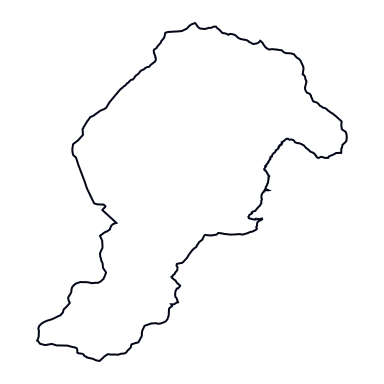 the district of Corbu, Harghita, Romania
{"feature_id": "2599482B8272511981002", "entity_name": "Corbu", "entity_type": "district", "adm_level": 2, "iso_a3": "ROU", "parent_name": "Romania", "parent_adm1": "Harghita", "projection": "equal_earth", "projection_center": [25.671, 46.995], "detail": "fine", "context": "isolated", "style": "outline", "palette": "ink", "viewbox_px": 384, "rotation_deg": 0, "n_neighbors": 0, "source": "geoboundaries", "source_scale": "gbopen_adm2", "svg_char_len": 5930}
<svg xmlns="http://www.w3.org/2000/svg" viewBox="0 0 384 384"><path d="M93.5,359.0L95.6,360.2L99.5,361.0L103.3,357.6L104.1,356.7L106.1,355.2L107.9,354.2L111.5,354.6L114.5,354.5L118.1,354.7L121.2,353.7L123.3,353.6L125.6,353.0L126.4,352.3L127.4,350.7L128.8,349.5L130.8,347.3L131.1,345.5L131.5,344.4L135.9,342.9L137.9,342.6L138.8,341.6L141.6,336.4L141.9,335.5L141.8,333.5L142.1,331.6L142.6,329.9L144.6,325.8L151.1,323.5L155.9,323.2L158.2,323.8L160.6,323.5L164.3,322.1L166.0,321.1L167.5,319.0L168.7,315.5L169.0,308.9L169.4,308.2L172.1,306.0L171.7,305.0L171.2,304.3L173.3,304.4L174.7,303.9L176.7,302.5L178.0,302.3L176.8,298.8L176.3,297.8L175.5,297.0L175.2,296.0L175.2,292.6L175.7,290.8L176.9,288.5L178.2,288.3L179.8,286.4L180.1,285.6L176.9,282.8L175.4,280.4L173.8,279.4L171.7,277.5L171.4,277.0L172.5,276.1L173.3,274.8L174.6,274.0L175.3,272.4L176.4,271.3L177.2,270.0L177.6,267.2L176.7,266.1L176.5,265.5L176.8,264.0L179.4,263.3L182.0,262.9L183.1,262.1L187.1,257.8L188.4,255.4L191.8,250.8L193.6,248.9L196.5,246.7L196.9,245.4L198.2,243.8L198.9,242.3L202.3,239.7L203.9,236.2L204.9,235.0L205.9,235.0L209.9,235.5L210.5,235.3L212.0,235.5L214.2,234.9L215.7,234.9L216.8,234.4L218.4,232.9L223.6,233.7L224.0,233.9L230.4,234.6L236.6,234.4L237.6,234.1L239.7,234.1L242.5,234.6L247.2,233.3L250.5,231.9L252.7,231.5L256.4,229.5L256.9,228.7L256.2,227.1L257.0,225.8L257.0,223.9L257.6,222.1L259.3,220.7L260.7,220.2L262.2,219.3L262.0,218.5L258.6,219.4L258.0,218.9L257.0,219.3L255.9,219.4L255.7,218.8L254.3,219.6L249.0,218.3L248.5,217.5L248.4,217.1L248.7,216.8L248.6,216.5L249.5,214.8L251.4,213.8L252.0,213.1L251.7,212.4L253.5,211.3L255.1,211.0L258.1,207.3L260.1,205.4L260.5,204.4L261.4,203.1L261.3,200.8L261.9,199.4L261.9,198.8L261.4,197.9L261.5,195.1L262.8,192.5L264.0,191.7L263.9,191.4L264.8,190.8L264.7,190.5L264.5,190.3L264.7,189.9L268.1,190.4L268.6,190.3L265.4,188.9L265.9,186.9L266.9,185.4L267.3,183.9L268.1,182.5L268.2,180.1L268.7,179.1L268.3,177.4L269.2,176.5L269.2,176.1L268.0,174.7L266.4,171.7L265.3,170.3L264.7,170.3L264.2,169.4L264.3,168.9L264.8,168.1L265.1,167.1L265.9,166.6L265.4,165.9L266.2,165.3L266.2,165.0L266.7,164.5L266.8,164.1L267.4,163.8L267.9,162.7L268.4,162.4L268.3,161.7L270.3,159.1L269.9,158.7L270.5,157.7L270.6,156.9L271.1,157.1L271.6,156.8L272.1,156.0L272.4,154.6L273.6,153.2L274.8,152.4L275.8,151.0L275.6,150.5L275.7,150.3L277.9,149.0L278.3,148.3L278.4,147.8L278.7,147.6L278.5,147.2L279.2,146.7L278.9,146.4L279.6,145.3L280.0,145.2L280.6,144.6L281.4,144.8L281.6,144.6L281.7,143.6L282.1,143.3L281.7,142.2L283.7,141.1L286.4,138.8L288.0,138.8L288.9,139.5L289.7,139.7L291.2,139.5L293.0,139.9L294.1,140.7L295.0,142.3L297.7,143.2L299.2,143.2L301.6,144.2L304.1,145.6L305.3,147.2L309.5,150.7L309.9,151.3L311.4,152.1L312.9,152.6L314.0,153.6L314.4,153.6L315.8,155.6L316.3,156.0L316.3,156.7L317.0,157.3L318.5,158.0L321.2,156.8L323.0,157.2L324.4,157.8L326.6,158.0L328.3,157.8L328.5,156.8L329.6,156.1L334.2,154.2L336.1,153.0L341.2,152.9L341.3,148.7L341.9,147.8L342.5,144.8L345.4,142.2L346.5,140.7L346.5,139.0L346.9,137.4L346.6,136.2L346.6,134.7L345.7,131.9L341.8,129.2L341.3,125.2L341.6,121.7L341.4,121.2L335.7,116.0L334.1,114.9L332.6,113.5L330.6,112.5L328.7,110.9L327.5,110.2L326.9,109.3L326.4,109.0L325.2,108.2L322.9,107.6L321.8,106.7L320.0,105.8L318.0,103.4L316.7,102.5L313.6,101.5L312.9,100.9L311.7,97.8L311.1,96.9L311.0,95.6L310.3,94.6L309.5,93.7L306.9,92.7L306.7,92.3L305.5,90.5L304.9,88.1L306.5,81.5L305.4,79.1L305.0,76.7L304.2,75.3L302.7,74.5L303.5,68.7L303.3,66.8L300.6,60.9L299.0,58.9L296.5,57.5L296.2,56.8L295.1,55.8L293.9,54.2L291.0,53.4L285.8,53.1L283.7,52.2L281.8,50.3L277.1,49.7L276.5,49.4L275.1,49.5L272.4,49.1L269.2,49.5L268.1,49.1L265.7,47.5L263.7,44.9L262.9,43.3L261.1,41.4L260.1,40.8L259.8,41.4L258.4,42.7L256.9,43.4L253.4,44.0L252.6,43.8L250.7,42.6L249.3,42.1L247.9,40.8L246.4,40.1L240.6,39.0L238.5,38.0L237.5,37.3L236.3,36.0L234.9,35.0L232.5,34.2L230.2,33.9L228.9,34.3L228.5,34.8L225.3,33.4L222.4,33.0L219.3,29.7L217.3,28.3L216.0,26.6L213.8,26.6L211.0,27.9L209.1,27.8L205.1,29.0L200.7,28.6L199.3,28.2L197.5,26.4L196.2,24.4L195.0,23.0L191.4,24.4L189.4,25.8L186.7,28.7L182.1,30.9L179.5,31.3L167.8,32.0L165.4,32.8L165.1,33.2L164.9,35.2L164.1,37.6L163.2,39.0L161.4,41.0L161.0,41.8L160.9,42.5L157.3,46.6L156.6,48.0L154.1,49.6L153.7,50.6L154.0,53.0L154.5,53.9L154.5,54.5L155.4,56.3L155.3,57.4L155.7,57.7L155.8,60.1L155.0,61.6L150.7,64.9L149.2,66.7L147.0,67.2L145.5,67.8L144.2,69.1L140.7,70.8L138.5,73.7L136.0,75.5L134.8,76.9L134.0,78.3L132.9,79.4L130.7,80.1L129.0,81.7L128.6,82.5L127.1,83.2L126.8,83.8L124.9,85.8L123.9,86.2L122.9,87.3L120.2,89.5L109.6,102.1L106.3,107.6L104.4,109.0L100.3,110.7L93.3,115.8L90.4,117.0L87.1,121.5L83.4,127.5L83.2,128.4L82.6,129.1L82.9,135.0L78.2,140.2L73.6,143.8L73.0,144.4L72.3,149.5L72.6,152.7L73.3,155.2L76.0,157.6L78.5,165.3L84.6,181.4L86.9,188.3L94.1,203.3L96.9,204.3L103.5,204.6L105.3,206.0L105.4,206.4L105.2,207.0L103.3,208.8L102.4,210.1L116.4,222.9L113.6,223.8L112.5,224.5L111.5,225.5L110.8,226.8L110.1,228.4L110.0,229.3L107.0,231.5L105.7,231.8L104.3,232.6L100.0,235.8L102.2,240.7L102.5,247.0L102.4,248.1L100.9,251.0L100.2,253.0L100.0,253.7L100.3,256.7L101.1,259.1L101.2,260.7L101.7,261.3L102.6,263.4L103.0,267.9L105.9,272.2L106.0,272.9L104.4,276.9L103.4,279.0L101.0,281.2L98.0,282.9L96.4,282.7L91.7,283.2L89.1,282.5L85.9,282.1L83.6,282.2L80.5,282.0L76.3,283.4L74.3,284.7L72.2,287.1L71.5,289.4L71.3,291.9L70.5,293.7L68.5,296.8L68.2,298.0L68.3,298.9L68.9,301.4L69.6,302.1L69.6,303.3L65.9,307.4L63.7,309.4L62.9,312.4L62.5,313.0L61.5,313.9L61.2,314.6L60.8,315.0L52.1,319.2L46.5,320.9L43.6,322.3L41.2,323.9L39.5,325.6L38.5,327.7L38.4,329.3L38.9,330.5L38.7,336.6L37.9,339.1L37.1,340.6L38.0,341.0L39.7,343.4L40.1,343.8L45.2,345.1L51.8,343.9L56.5,345.4L67.8,345.6L69.1,346.1L72.9,347.1L74.5,347.3L76.5,348.1L77.0,348.6L77.3,350.4L77.3,352.6L77.6,352.9L78.7,353.3L81.7,353.7L82.8,354.0L83.6,354.7L84.6,356.1L86.6,356.9L86.7,357.4L93.5,359.0Z" fill="none" stroke="#020617" stroke-width="2"/></svg>